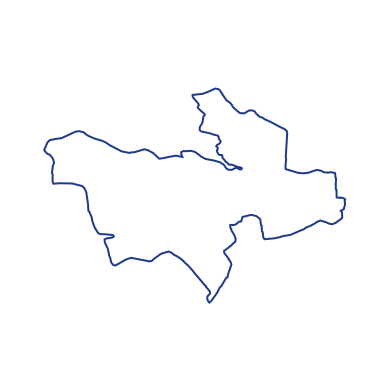 Barberena, Santa Rosa, Guatemala, rotated 100°
{"feature_id": "79465075B64045433059615", "entity_name": "Barberena", "entity_type": "district", "adm_level": 2, "iso_a3": "GTM", "parent_name": "Guatemala", "parent_adm1": "Santa Rosa", "projection": "equal_earth", "projection_center": [-90.427, 14.303], "detail": "fine", "context": "isolated", "style": "outline", "palette": "blue", "viewbox_px": 384, "rotation_deg": 100, "n_neighbors": 0, "source": "geoboundaries", "source_scale": "gbopen_adm2", "svg_char_len": 4498}
<svg xmlns="http://www.w3.org/2000/svg" viewBox="0 0 384 384"><g transform="rotate(100 192 192)"><path d="M269.4,142.0L267.4,142.3L256.7,140.6L254.5,141.6L252.0,144.2L251.4,144.2L246.5,149.6L244.5,150.2L237.3,143.6L236.1,143.1L233.5,140.7L230.0,141.0L226.6,143.3L223.4,146.1L219.5,148.4L217.9,148.6L217.2,144.8L215.7,142.6L214.5,141.8L213.8,141.2L213.1,140.7L212.6,138.6L207.7,137.8L206.7,135.4L204.2,129.8L204.5,124.5L206.4,120.9L207.6,119.8L212.4,118.4L213.0,117.6L218.5,116.3L219.4,115.4L224.5,113.8L225.9,112.4L223.5,103.5L221.3,97.8L219.1,93.8L219.1,93.0L218.0,90.1L217.2,87.8L215.1,84.5L210.9,78.1L209.2,75.3L207.2,73.5L204.7,69.5L201.3,65.1L200.4,64.4L199.6,63.5L197.8,60.7L198.4,55.4L199.5,50.6L199.3,48.0L197.2,44.9L194.9,42.8L193.8,41.5L191.2,39.6L186.1,40.7L184.7,42.2L182.6,39.6L177.6,39.1L174.2,40.1L172.8,39.8L172.0,40.9L171.8,42.4L171.7,45.1L172.2,45.6L172.2,48.6L164.9,50.1L164.2,50.8L159.6,51.8L153.8,52.4L153.1,53.1L148.5,54.4L148.3,58.6L149.2,60.9L149.7,65.4L148.6,68.9L148.6,73.1L152.7,80.5L154.2,85.2L154.7,91.1L153.2,103.7L150.1,104.5L143.8,104.9L141.5,105.7L117.3,108.5L115.1,109.6L113.9,112.1L112.4,117.5L109.2,127.0L107.8,132.9L106.6,135.4L106.0,138.7L105.5,140.0L104.9,140.3L104.1,142.0L102.2,143.7L101.4,145.2L101.3,148.3L102.0,150.2L103.8,152.3L105.3,153.7L106.0,158.2L105.4,159.6L104.1,161.9L101.0,166.7L99.2,167.9L97.5,170.1L95.7,174.0L94.0,175.7L86.9,182.4L86.2,183.6L86.1,187.1L90.7,193.8L93.6,198.9L96.3,208.3L97.3,208.1L98.3,207.6L98.8,207.2L99.5,206.4L101.0,204.6L101.7,203.7L102.5,202.7L103.0,202.0L103.6,201.3L104.1,201.0L105.0,200.4L105.6,200.4L106.1,200.6L106.6,201.0L107.4,201.2L108.2,200.8L108.8,199.9L111.0,196.5L111.5,195.7L112.2,194.6L113.1,193.0L113.9,192.8L114.5,193.1L115.2,193.6L115.9,193.8L116.5,193.9L118.1,193.8L120.6,193.8L121.4,193.8L122.3,193.9L123.1,194.1L124.5,194.7L125.1,195.0L126.2,195.4L126.9,195.5L127.7,195.5L128.6,195.4L129.3,195.3L129.8,195.0L130.3,194.3L130.6,193.6L130.8,192.7L130.9,191.5L131.0,186.9L131.1,185.1L131.3,183.2L131.7,180.9L131.8,179.1L131.9,177.0L132.3,176.0L132.7,175.6L133.3,175.3L134.2,175.1L134.7,174.9L135.4,174.3L136.0,173.6L136.6,172.9L137.3,172.6L138.4,172.6L139.2,173.1L139.7,173.6L140.3,174.1L141.3,175.4L142.0,175.9L142.9,176.0L143.4,175.1L143.9,174.4L144.7,174.1L145.6,174.2L146.2,174.6L146.8,174.7L147.7,174.4L148.3,174.0L149.2,173.3L149.6,172.9L150.1,172.5L150.7,171.8L150.8,170.9L150.4,169.7L150.6,168.6L151.2,168.3L151.8,168.3L153.0,167.9L153.6,167.3L154.4,166.1L155.0,165.4L155.5,164.9L156.2,164.2L156.7,163.3L157.0,162.6L157.4,161.6L158.2,161.1L158.7,160.4L158.6,159.5L158.2,158.3L158.2,157.6L158.4,156.6L158.6,155.3L158.9,153.8L159.2,152.7L159.4,151.6L159.4,149.9L159.5,148.5L159.6,147.6L160.0,147.0L161.2,147.4L161.4,149.6L160.7,150.8L160.6,153.1L163.3,156.7L163.7,160.5L162.7,162.4L161.1,164.0L159.5,165.5L158.6,168.0L157.9,169.2L157.2,176.0L157.1,184.4L155.9,188.2L152.6,194.7L151.9,196.7L151.7,200.7L152.5,203.6L152.9,205.0L153.2,207.6L154.5,209.5L156.0,209.4L159.1,207.6L159.0,214.0L160.5,218.3L161.2,220.2L162.0,222.3L163.3,225.1L163.7,226.5L164.8,229.6L164.7,230.6L163.9,231.5L160.3,237.2L158.5,242.7L158.2,245.5L158.3,246.6L162.9,255.8L163.7,259.2L164.4,260.3L164.2,268.3L160.4,280.6L158.1,285.7L157.2,289.3L156.3,297.3L154.8,303.5L153.7,306.2L152.0,309.1L151.7,314.0L152.9,317.3L161.6,329.8L163.3,335.1L163.7,336.3L164.8,338.8L165.1,340.0L166.6,342.0L167.6,342.3L168.2,343.0L174.2,344.3L176.1,344.9L177.2,344.2L178.6,342.2L179.3,341.5L180.1,338.3L183.3,334.8L185.4,333.7L187.1,333.0L190.9,333.6L197.6,333.2L199.1,332.2L205.8,331.2L207.9,329.9L206.4,324.1L204.4,311.5L205.2,301.3L206.9,298.7L208.3,297.6L211.1,295.9L219.3,293.2L222.8,292.1L228.4,290.8L229.8,289.3L235.1,286.0L237.4,285.4L243.7,281.8L248.7,277.4L249.4,275.1L248.7,270.2L248.2,263.6L248.3,262.4L248.6,261.7L249.4,261.3L249.9,261.6L250.5,262.3L252.0,266.2L252.7,268.4L253.1,269.0L253.9,269.9L257.0,269.0L262.1,265.3L263.3,264.7L269.0,262.5L271.8,260.8L275.4,259.3L276.3,258.3L277.3,257.2L277.7,256.3L277.6,254.5L271.4,247.1L270.0,245.4L267.4,240.5L267.7,221.7L266.7,219.5L264.2,217.7L258.3,211.8L257.4,210.3L254.7,204.8L255.3,201.8L257.1,198.6L257.3,197.5L258.4,194.3L259.9,191.1L261.7,188.2L262.4,187.4L264.5,184.1L264.8,183.5L268.4,178.8L272.5,174.2L273.1,173.3L275.2,170.8L281.8,163.0L282.1,162.0L283.1,161.6L286.3,157.7L287.5,156.8L289.2,156.7L291.9,158.6L293.7,158.7L296.4,157.5L297.9,155.7L295.5,153.9L287.0,149.8L280.8,147.9L279.6,146.8L270.7,143.5L269.4,142.0Z" fill="none" stroke="#1e3a8a" stroke-width="2"/></g></svg>